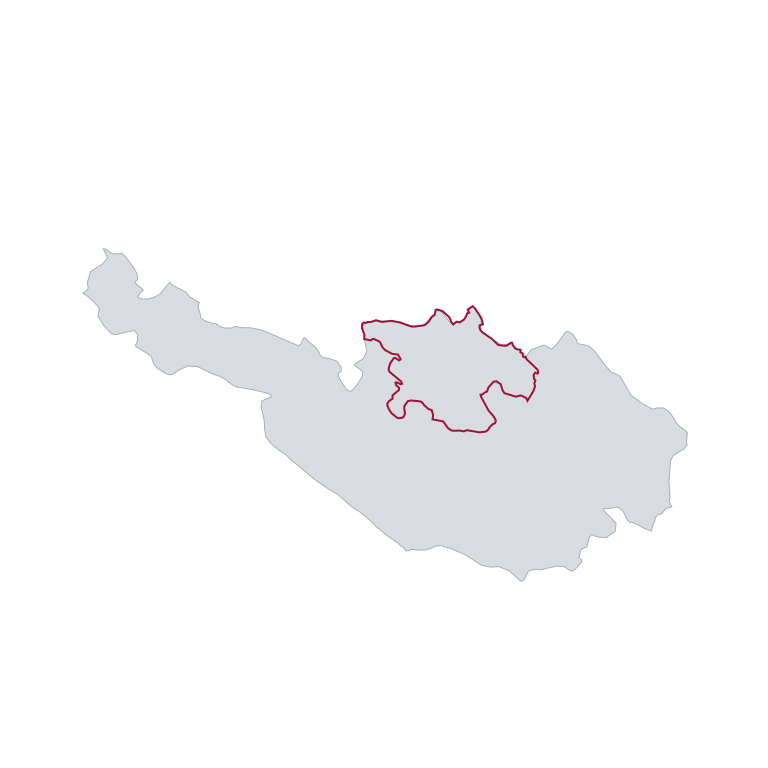 location of Oberösterreich within Austria, rotated 29°
{"feature_id": "AUT-2326", "entity_name": "Oberösterreich", "entity_type": "State", "adm_level": 1, "iso_a3": "AUT", "parent_name": "Austria", "parent_adm1": "", "projection": "natural_earth1", "projection_center": [13.938, 48.12], "detail": "medium", "context": "in_parent", "style": "outline", "palette": "rose", "viewbox_px": 768, "rotation_deg": 29, "n_neighbors": 0, "source": "natural_earth", "source_scale": "10m", "svg_char_len": 5267}
<svg xmlns="http://www.w3.org/2000/svg" viewBox="0 0 768 768"><g transform="rotate(29 384 384)"><path d="M72.6,428.4L79.5,415.8L81.1,407.9L75.3,403.4L72.8,402.0L74.9,401.0L83.2,401.8L88.5,399.2L91.3,396.6L98.7,399.1L109.4,404.0L114.5,407.3L116.5,409.8L117.7,412.0L116.9,415.6L119.4,417.0L124.5,417.6L127.9,418.7L126.6,423.5L126.3,427.5L131.0,427.0L137.0,423.9L141.7,418.5L144.6,413.2L147.0,400.2L147.7,399.1L151.3,400.2L165.6,399.6L172.4,402.0L183.1,402.4L182.9,404.4L184.8,407.6L189.5,412.1L191.8,415.1L196.8,415.6L204.5,414.0L209.0,412.3L210.7,413.5L217.7,412.3L224.0,408.6L225.6,405.8L231.9,403.9L240.5,399.3L252.2,395.8L290.5,392.1L292.0,389.2L291.5,382.8L292.5,381.8L297.3,383.4L305.1,384.9L311.0,387.2L314.8,390.2L318.4,390.3L323.9,388.2L331.4,386.9L338.4,390.0L340.4,393.4L339.2,395.1L339.3,397.8L341.4,400.1L347.1,403.8L354.4,407.0L358.2,406.8L359.6,403.7L361.0,396.3L361.5,388.4L359.8,383.8L355.9,382.7L351.2,382.4L348.7,381.4L349.6,378.9L353.4,372.5L353.4,363.9L345.0,354.1L337.7,344.6L337.7,341.4L342.2,335.8L349.0,331.4L364.0,324.0L368.8,322.4L374.9,321.2L383.6,318.1L387.9,315.0L390.7,311.6L394.8,293.9L395.8,293.2L397.0,292.1L412.3,298.2L413.7,297.2L416.3,296.2L421.3,291.6L422.4,288.0L422.3,281.3L422.7,275.0L423.7,273.0L426.0,273.7L432.6,277.0L437.8,280.7L442.7,290.0L454.2,292.5L468.6,292.7L473.8,288.6L478.4,287.6L483.7,288.9L494.9,290.3L496.1,282.8L502.5,275.0L505.5,272.2L513.6,272.5L515.6,266.7L517.6,250.5L519.3,248.7L525.2,249.1L531.1,252.0L532.9,254.4L536.0,254.2L540.3,252.6L545.0,251.5L552.5,253.2L568.5,260.6L576.7,263.3L581.9,262.8L586.8,262.9L605.8,274.2L618.9,275.8L631.0,275.9L634.8,272.4L639.9,269.5L645.2,269.9L649.9,271.4L659.0,276.3L663.2,277.6L668.8,278.4L672.9,279.5L676.7,288.1L678.7,290.4L678.4,291.4L678.0,295.3L674.9,300.3L671.6,306.7L671.9,312.3L680.9,331.9L688.8,343.9L690.3,348.4L695.4,351.9L690.7,356.3L689.8,362.8L686.8,365.7L686.1,369.4L687.4,372.8L687.4,377.1L689.2,382.9L681.6,384.2L672.6,384.0L669.3,384.3L666.3,385.9L663.2,385.1L654.9,379.6L650.3,378.4L647.1,378.8L644.6,381.2L640.5,384.2L636.6,386.4L637.5,388.2L654.5,393.2L657.6,400.8L654.4,406.9L653.3,410.0L649.4,412.4L644.5,414.4L638.6,415.0L638.0,418.3L640.4,428.1L638.5,430.3L636.7,433.3L638.5,441.4L642.2,442.0L643.0,443.8L642.4,447.1L641.8,450.6L640.6,454.3L639.9,455.9L637.5,456.9L630.0,456.4L623.5,459.5L610.5,470.9L606.0,472.8L601.0,477.3L601.4,487.3L600.8,488.2L599.6,490.2L583.9,486.7L583.3,486.8L572.9,488.1L565.7,492.6L557.0,495.3L538.8,493.9L521.0,495.6L516.8,497.0L512.2,497.7L507.9,500.4L505.4,504.1L501.0,508.9L494.7,512.6L487.9,515.5L486.3,517.9L484.0,519.3L480.2,517.5L477.1,517.6L473.3,516.3L460.8,515.0L447.0,512.8L440.4,510.7L432.9,509.0L424.9,507.6L417.7,507.3L414.1,506.7L396.9,503.0L385.5,502.7L370.5,501.2L340.7,495.6L332.0,493.4L323.7,492.7L313.9,490.8L306.4,487.6L301.7,481.7L296.7,473.7L287.4,463.4L285.5,458.2L288.4,453.7L291.4,450.3L291.0,448.8L288.8,448.0L272.3,452.5L256.4,458.1L250.1,458.2L244.1,457.0L236.1,456.9L228.3,458.4L212.8,459.1L203.7,463.3L197.8,471.3L194.6,477.8L192.0,479.9L186.5,480.7L178.5,480.1L172.8,478.2L167.1,472.6L158.1,471.9L149.9,471.7L147.7,470.7L147.9,467.1L144.8,460.3L139.4,458.2L125.3,471.0L121.5,472.1L110.4,468.6L100.7,463.1L99.7,459.1L98.2,455.8L90.0,452.7L79.8,450.6L76.5,450.6L77.8,448.7L79.1,445.4L78.4,442.8L76.0,440.1L74.8,437.3L74.4,434.5L73.8,432.2L73.4,430.1L72.6,428.4Z" fill="#d9dde1" stroke="#a8b0b8" stroke-width="1"/><path d="M493.6,292.7L494.9,291.7L496.6,293.2L511.3,297.0L513.2,299.0L513.3,300.5L510.7,300.8L510.5,303.6L512.7,306.8L514.7,307.5L515.2,310.8L517.2,312.7L518.1,317.9L517.6,329.1L515.3,327.4L510.4,327.4L508.9,327.9L505.4,331.2L493.8,333.6L490.7,332.0L486.2,327.6L481.1,327.1L478.7,328.8L477.0,336.3L477.8,340.7L476.5,342.2L475.1,345.4L473.6,346.6L475.1,348.1L488.2,356.5L495.1,359.0L498.6,361.0L500.0,362.7L500.0,364.7L498.5,366.5L497.4,370.3L497.2,374.0L495.9,376.5L490.7,380.1L478.9,384.2L476.8,386.7L472.9,388.0L467.1,391.4L465.1,392.0L461.1,391.5L453.9,388.0L443.6,391.4L442.2,387.6L438.5,383.8L434.9,384.3L429.1,382.9L426.0,381.5L424.3,381.6L415.6,385.3L413.2,387.4L412.5,393.3L413.4,395.4L416.7,399.7L417.1,402.8L416.6,404.4L413.9,406.6L412.1,407.2L404.6,405.9L399.9,403.3L397.0,400.8L396.4,399.4L396.7,396.4L398.6,392.7L397.0,389.8L400.0,381.9L399.0,380.0L395.3,379.2L393.4,377.3L394.1,376.4L398.7,376.1L399.7,375.0L397.7,373.5L383.0,370.7L381.7,369.9L380.6,368.2L379.4,363.0L380.0,356.6L381.3,355.7L385.8,356.1L386.6,354.5L386.0,353.8L381.9,351.5L376.4,353.7L368.5,353.8L365.0,352.7L360.2,349.3L358.1,349.1L353.1,349.6L352.1,350.3L351.3,352.3L344.8,354.3L343.4,350.9L337.7,345.8L335.8,342.1L336.5,340.0L338.0,339.7L339.5,337.8L342.8,335.8L346.1,332.1L351.9,330.8L360.0,325.1L368.5,322.3L379.7,320.6L382.4,319.3L390.4,313.4L391.5,311.8L392.9,307.8L393.1,302.8L394.8,298.9L393.2,294.3L394.4,293.0L399.8,291.9L408.2,293.8L410.9,295.3L412.2,296.9L415.7,298.4L417.1,294.4L420.4,293.4L422.7,289.0L423.0,285.8L422.6,282.5L422.8,281.2L423.9,280.4L421.2,278.3L423.8,273.0L427.0,273.8L437.3,279.2L441.6,283.9L439.2,286.2L440.0,288.1L442.1,290.1L444.8,291.1L456.3,292.2L465.2,294.5L471.7,291.7L473.0,290.6L474.8,286.5L476.0,285.8L477.9,287.7L482.1,289.4L487.0,288.0L487.9,290.2L490.3,290.0L492.3,292.6L493.6,292.7Z" fill="none" stroke="#9f1239" stroke-width="2"/></g></svg>